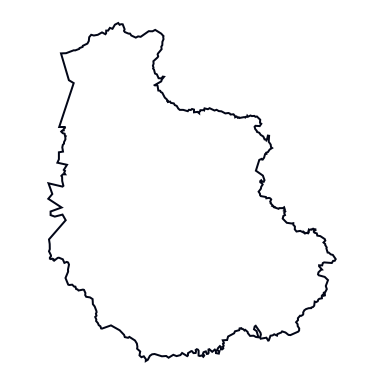 outline of La Yesca, Nayarit, Mexico
{"feature_id": "50627088B10803570714070", "entity_name": "La Yesca", "entity_type": "district", "adm_level": 2, "iso_a3": "MEX", "parent_name": "Mexico", "parent_adm1": "Nayarit", "projection": "orthographic", "projection_center": [-104.035, 21.59], "detail": "fine", "context": "isolated", "style": "outline", "palette": "ink", "viewbox_px": 384, "rotation_deg": 0, "n_neighbors": 0, "source": "geoboundaries", "source_scale": "gbopen_adm2", "svg_char_len": 5943}
<svg xmlns="http://www.w3.org/2000/svg" viewBox="0 0 384 384"><path d="M153.5,67.5L152.9,65.8L153.6,63.7L153.4,61.2L157.7,57.3L158.2,56.2L157.6,54.5L157.9,53.6L161.6,49.2L161.3,46.7L162.3,45.1L162.4,41.8L163.5,39.2L163.2,36.7L163.5,36.1L161.2,33.6L155.2,29.9L152.5,31.3L148.7,31.2L140.7,36.8L138.1,36.4L135.8,37.6L131.3,35.5L130.0,33.6L128.5,33.6L124.9,32.1L124.0,30.9L124.6,29.2L122.7,24.3L121.1,24.2L119.6,24.8L118.2,23.0L114.9,24.7L112.5,28.8L109.9,27.9L108.1,30.6L106.2,30.6L106.1,33.3L105.4,34.2L102.0,32.4L97.8,34.8L93.9,35.5L91.2,34.8L89.2,37.2L88.8,41.0L87.4,43.6L82.8,45.8L82.6,46.9L79.5,48.1L79.2,48.9L75.2,50.4L73.7,50.3L66.1,53.2L61.0,53.4L68.9,80.2L73.7,83.1L59.2,127.0L64.8,127.0L65.0,127.7L63.4,129.5L63.7,130.4L61.9,130.8L61.2,131.6L62.8,133.2L64.6,133.7L65.0,135.9L65.7,136.2L65.3,136.8L65.4,139.4L64.0,142.2L64.0,143.6L62.8,144.9L62.3,147.4L63.0,151.6L58.9,152.3L58.9,159.3L57.4,162.7L67.0,164.8L63.8,169.9L65.0,170.9L64.2,172.7L65.2,174.3L62.9,174.3L61.4,175.9L62.1,176.9L62.2,181.0L63.4,185.8L62.5,186.6L48.5,183.3L52.3,194.0L48.3,198.8L61.6,207.5L50.6,211.5L50.6,215.1L54.8,216.6L62.5,214.6L65.7,220.2L49.0,239.4L49.7,244.0L49.8,249.2L49.0,251.3L51.0,255.4L50.9,256.5L49.9,257.5L49.9,258.7L50.8,259.1L52.6,258.7L53.6,259.3L53.4,260.3L54.1,260.7L57.7,257.9L58.9,257.7L62.8,259.3L64.4,262.9L66.8,261.9L68.1,262.5L69.0,264.6L68.0,269.5L68.1,271.7L65.5,278.0L68.2,284.6L69.2,285.0L72.2,284.7L74.3,286.7L75.4,286.7L76.2,289.1L77.5,289.4L78.5,290.5L83.0,289.6L84.0,289.9L85.4,293.0L85.2,295.1L86.2,296.8L90.0,297.4L92.6,299.1L92.9,304.2L94.7,306.5L96.4,311.0L96.6,312.2L95.9,313.7L96.5,315.7L95.2,317.0L96.3,319.4L96.1,321.0L97.9,323.1L98.7,325.1L100.4,326.3L101.1,328.4L102.0,328.6L111.0,325.4L119.7,330.3L124.1,334.9L124.8,337.1L128.1,337.8L129.4,336.9L135.0,340.5L136.9,343.6L137.4,346.8L137.1,348.7L140.2,351.5L139.5,355.4L141.4,357.2L143.8,356.3L145.9,359.2L145.8,361.0L147.8,359.8L149.9,355.8L152.1,354.3L154.6,354.0L161.9,356.3L166.2,356.0L168.6,357.7L173.3,354.8L176.6,356.1L180.4,355.1L182.1,353.0L187.2,356.1L187.9,355.5L188.0,353.2L191.3,351.1L192.0,351.2L193.5,353.1L195.6,353.0L196.0,351.7L195.7,350.0L196.8,349.2L198.0,349.7L198.6,350.7L198.6,355.6L199.9,356.0L201.7,355.4L203.3,356.8L204.2,355.6L203.0,353.7L203.6,352.2L205.8,351.4L206.8,353.9L208.0,353.8L208.6,352.9L208.5,349.5L209.3,349.2L212.2,351.8L214.8,349.6L215.8,350.9L216.0,353.1L218.8,353.6L219.4,351.2L216.9,350.3L218.2,347.9L219.9,346.1L220.9,347.0L220.9,349.3L222.3,349.3L223.3,348.4L222.9,346.6L223.7,345.8L223.0,343.8L223.9,343.0L222.8,340.3L227.1,340.0L228.1,336.5L234.1,333.3L235.0,331.3L239.2,330.2L239.6,328.4L241.2,328.2L241.2,328.7L243.4,329.3L244.5,330.5L245.3,329.9L247.6,331.9L247.9,333.2L250.1,335.9L253.6,335.7L256.0,337.0L258.4,337.3L256.6,331.1L254.0,329.3L254.7,326.5L255.7,325.8L260.5,332.8L260.9,334.5L260.1,337.4L260.7,338.7L266.4,337.7L268.2,340.6L268.8,340.4L270.5,335.7L272.6,335.4L274.2,334.3L277.0,335.6L277.4,334.1L281.3,332.5L282.1,331.4L285.5,332.5L288.5,334.9L290.4,335.1L298.3,331.6L299.1,330.5L299.2,328.4L297.7,326.1L297.6,324.2L296.1,322.2L298.0,320.1L297.9,318.2L300.1,315.7L301.0,315.9L302.7,315.0L303.3,314.0L303.2,312.4L304.3,310.3L306.0,309.1L308.7,308.2L311.2,308.1L311.4,307.5L313.0,307.0L314.2,305.7L314.7,301.6L316.1,302.1L317.7,301.3L318.3,299.6L319.3,298.8L321.9,298.3L321.8,295.9L322.5,295.0L323.5,295.8L324.9,295.4L324.8,293.5L323.8,293.6L323.8,292.7L325.3,292.0L326.8,289.1L325.8,286.0L328.0,280.1L324.7,276.9L318.8,275.3L318.0,274.3L318.5,272.3L321.0,269.8L322.0,269.6L319.1,266.3L319.1,265.3L322.2,265.4L322.8,263.1L324.1,262.4L331.8,263.0L333.1,260.9L334.7,260.8L335.7,259.1L332.8,254.9L330.8,254.4L328.6,252.5L327.6,252.5L326.4,248.4L326.7,247.4L325.3,245.2L325.2,244.0L323.5,242.5L325.3,240.6L324.8,239.1L320.3,236.1L317.3,235.6L316.8,233.4L314.5,232.7L313.8,231.9L314.0,230.7L315.5,230.2L315.4,229.3L313.7,229.3L314.1,229.1L313.1,228.7L311.8,229.7L311.3,229.3L309.4,230.0L308.9,229.6L308.3,231.6L308.9,232.0L308.2,233.3L306.5,232.9L305.6,233.3L304.9,232.8L305.4,233.9L303.8,232.6L300.2,230.9L296.5,231.5L294.8,229.4L294.9,226.5L293.3,224.8L293.3,223.2L291.6,223.5L286.8,222.8L282.7,218.6L283.4,215.9L285.0,215.1L284.2,212.9L285.2,211.5L284.5,211.1L285.0,210.9L284.3,209.9L284.8,209.5L284.1,207.3L282.9,208.1L279.3,208.1L278.6,208.8L274.4,207.4L274.7,207.0L272.4,206.0L272.8,205.6L270.6,203.2L270.8,202.6L270.2,201.7L271.2,199.4L270.3,198.4L269.0,197.9L266.3,198.3L265.9,197.0L260.8,196.1L260.1,195.2L259.9,193.6L258.6,191.7L260.9,188.7L261.2,186.8L262.7,184.5L261.8,183.2L260.3,182.3L260.2,181.2L261.2,180.3L261.8,181.2L263.7,181.8L264.5,180.2L262.9,175.6L255.9,170.7L259.3,159.9L261.6,158.9L262.1,159.6L262.7,159.6L264.1,157.6L265.1,154.1L266.4,153.9L266.2,152.7L267.9,152.1L269.7,149.5L272.1,148.0L271.0,147.1L270.7,144.6L268.7,141.7L269.1,135.8L267.9,135.6L267.1,139.1L266.3,140.3L265.8,139.4L264.6,139.4L263.3,136.5L260.7,134.9L259.3,132.8L256.9,131.8L256.7,130.7L255.3,129.2L254.6,126.8L255.5,125.8L259.7,126.1L261.3,123.8L260.0,122.8L260.2,119.7L256.9,116.5L255.4,116.8L254.3,115.9L251.9,116.1L250.5,115.5L248.0,116.7L247.3,115.8L247.0,116.8L245.6,116.9L245.3,117.5L244.2,117.1L239.3,118.0L238.8,117.3L237.8,117.8L236.6,116.5L235.2,117.2L235.1,116.2L233.5,114.3L230.5,114.5L229.7,113.5L228.4,113.0L225.3,113.4L221.4,111.3L218.8,111.1L216.6,109.8L214.5,110.5L209.6,108.2L207.9,109.2L204.6,108.4L204.2,110.2L203.7,109.8L203.4,110.2L200.4,110.2L200.1,111.3L199.0,111.9L199.1,113.2L197.5,111.9L194.0,112.3L194.0,109.6L192.0,109.0L190.8,110.0L188.9,109.8L187.8,111.2L183.3,109.9L179.8,109.9L178.3,108.6L176.7,105.9L174.8,105.1L173.8,103.4L170.9,102.9L170.1,101.6L168.0,102.0L167.9,100.9L167.2,101.0L166.9,99.5L164.8,97.6L162.3,92.8L160.8,92.0L160.2,90.8L158.3,90.5L157.6,85.9L157.0,85.1L155.4,85.4L154.7,85.3L154.6,85.2L161.2,81.4L161.9,79.4L164.0,76.8L162.8,76.6L161.5,78.4L158.6,78.2L156.9,74.4L155.0,73.5L154.0,69.6L153.1,68.6L153.5,67.5Z" fill="none" stroke="#020617" stroke-width="2"/></svg>